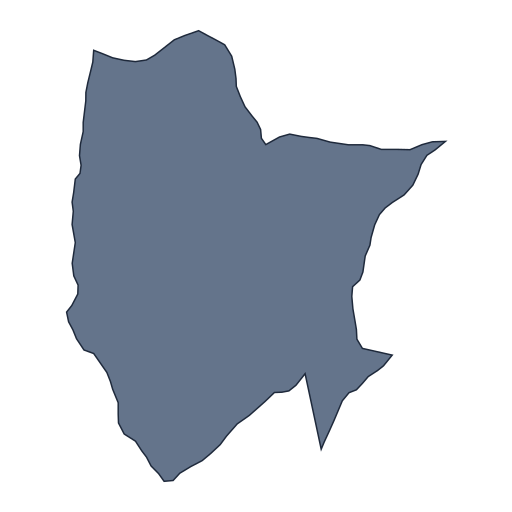 outline of Pradópolis, São Paulo, Brazil
{"feature_id": "56859067B17432749065074", "entity_name": "Pradópolis", "entity_type": "district", "adm_level": 2, "iso_a3": "BRA", "parent_name": "Brazil", "parent_adm1": "São Paulo", "projection": "orthographic", "projection_center": [-48.08, -21.346], "detail": "fine", "context": "isolated", "style": "filled", "palette": "slate", "viewbox_px": 512, "rotation_deg": 0, "n_neighbors": 0, "source": "geoboundaries", "source_scale": "gbopen_adm2", "svg_char_len": 1650}
<svg xmlns="http://www.w3.org/2000/svg" viewBox="0 0 512 512"><path d="M93.7,50.3L92.8,62.1L90.5,71.7L87.8,82.7L85.9,92.4L85.8,100.9L83.2,122.4L83.2,131.6L80.4,144.3L79.5,155.6L81.1,165.3L80.0,173.4L75.3,179.0L73.7,192.4L72.1,202.1L73.3,211.3L72.1,224.5L75.3,242.6L73.8,252.6L72.2,263.3L73.8,275.9L78.1,285.1L77.8,294.0L71.8,305.5L66.6,312.1L68.6,321.8L72.9,329.8L76.5,338.7L84.0,350.0L93.7,353.5L106.9,372.5L110.4,381.4L112.7,389.3L118.2,402.7L118.2,414.1L118.5,423.0L124.2,434.0L135.5,441.2L141.8,450.9L146.5,457.1L151.1,466.0L158.6,473.6L164.1,481.3L173.1,480.5L179.8,473.2L190.9,466.5L202.2,460.6L210.9,453.3L220.2,444.6L226.5,436.1L237.2,423.9L249.3,415.4L264.9,401.6L274.4,392.5L281.9,392.2L288.9,390.9L296.0,385.2L305.1,373.7L321.2,449.2L324.2,442.0L329.3,431.0L334.0,420.5L342.3,400.8L349.0,392.7L356.4,389.8L362.4,383.4L368.2,376.6L377.7,370.4L383.5,365.8L392.2,355.1L362.4,348.4L356.9,339.2L356.4,329.5L355.0,321.1L352.9,308.8L351.8,296.4L352.6,286.7L359.9,280.0L362.9,272.0L365.2,256.0L369.9,245.2L371.1,237.5L374.7,224.8L379.4,214.6L385.2,207.9L392.3,202.5L404.1,194.9L412.8,185.2L418.1,174.2L421.1,164.5L426.9,155.3L435.1,149.9L445.4,141.4L432.4,141.8L422.1,144.6L410.0,149.7L397.0,149.4L381.3,149.4L369.9,145.6L362.7,144.8L348.4,144.8L330.1,142.1L317.0,138.4L309.3,137.5L301.2,136.4L289.7,134.1L279.5,137.0L265.8,144.6L261.4,138.3L260.6,129.5L257.1,122.2L251.8,115.7L245.0,106.8L240.3,96.6L236.3,86.4L236.0,78.5L234.8,69.2L231.7,56.2L224.7,44.8L214.7,39.3L208.0,35.8L198.6,30.7L184.8,35.5L174.3,39.8L154.7,55.2L146.4,60.0L135.4,61.6L124.1,60.3L112.6,57.8L102.3,53.6L93.7,50.3Z" fill="#64748b" stroke="#1e293b" stroke-width="1.5"/></svg>